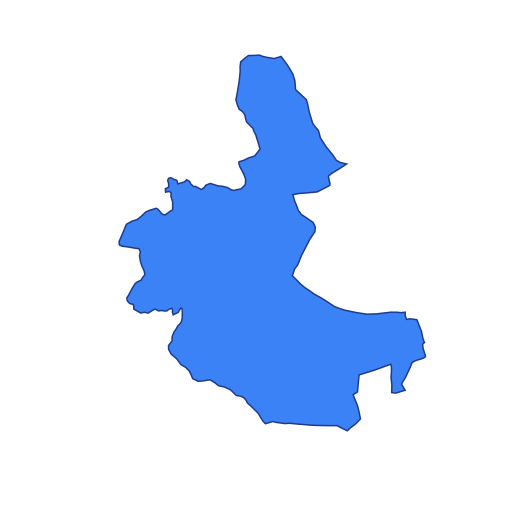 Halabcha, As-Sulaymaniyah, Iraq, rotated 163°
{"feature_id": "34846034B67264073740881", "entity_name": "Halabcha", "entity_type": "district", "adm_level": 2, "iso_a3": "IRQ", "parent_name": "Iraq", "parent_adm1": "As-Sulaymaniyah", "projection": "natural_earth1", "projection_center": [45.937, 35.187], "detail": "fine", "context": "isolated", "style": "filled", "palette": "blue", "viewbox_px": 512, "rotation_deg": 163, "n_neighbors": 0, "source": "geoboundaries", "source_scale": "gbopen_adm2", "svg_char_len": 4268}
<svg xmlns="http://www.w3.org/2000/svg" viewBox="0 0 512 512"><g transform="rotate(163 256 256)"><path d="M129.7,158.6L130.1,158.7L133.8,159.4L137.9,161.1L143.3,162.8L157.6,165.4L166.8,167.9L175.7,172.1L186.6,178.0L192.1,181.8L196.2,185.2L199.9,189.8L205.7,196.6L211.8,202.9L214.2,206.2L218.7,211.7L221.4,215.9L227.0,226.5L226.8,226.8L223.0,232.0L222.7,232.4L218.7,235.3L218.3,235.8L212.2,243.4L211.8,243.8L206.4,249.3L199.9,256.0L193.0,261.7L192.7,261.9L192.6,262.1L191.0,265.7L191.0,268.2L191.7,271.6L195.4,276.2L197.8,279.2L200.6,282.6L201.2,284.7L202.3,287.2L202.3,290.6L202.9,296.9L202.9,300.3L202.9,303.2L202.9,303.7L202.6,303.7L201.2,303.7L196.5,303.2L191.3,302.0L183.2,300.3L178.7,299.4L173.6,300.3L169.2,301.1L164.9,301.9L164.7,302.0L164.6,302.3L164.0,304.1L164.0,306.6L163.4,310.9L163.4,311.2L163.1,311.4L159.3,312.9L151.1,315.0L143.1,317.3L142.4,317.5L142.7,317.7L148.1,320.8L151.2,324.1L153.1,330.3L156.9,339.7L159.9,350.1L159.6,357.7L161.5,362.0L163.0,366.2L163.0,370.0L163.0,377.6L162.2,386.6L162.2,390.8L165.7,397.0L169.5,403.6L167.6,412.1L167.6,419.2L168.7,423.9L170.2,429.6L173.7,439.5L181.0,439.5L187.5,442.8L190.9,444.7L194.0,447.1L199.7,448.5L204.7,449.9L209.7,448.0L213.7,446.2L213.9,446.2L214.0,445.8L215.8,441.9L217.0,437.6L219.3,432.0L221.6,426.8L224.2,421.6L227.3,415.4L229.6,411.2L229.6,405.5L229.2,401.2L226.9,398.4L225.4,394.6L225.8,390.3L225.8,387.0L222.7,380.9L221.6,379.0L221.6,376.2L220.8,371.9L220.8,364.3L220.8,357.4L220.8,357.2L221.1,357.0L223.9,354.9L228.1,352.0L234.2,352.0L239.6,351.1L244.4,351.1L244.5,351.1L244.8,350.7L245.3,349.7L245.3,347.8L245.3,345.9L243.8,338.3L243.4,332.6L244.1,330.8L245.2,327.7L245.3,327.4L245.5,327.3L250.7,324.6L255.6,325.1L257.9,325.1L260.2,326.5L263.3,329.8L267.9,332.6L271.7,334.1L278.6,338.8L283.6,338.3L285.1,336.9L288.9,335.5L290.1,336.9L293.5,340.2L295.4,340.7L297.3,344.0L297.7,346.8L300.0,349.2L302.7,347.8L307.3,347.8L309.6,347.8L309.6,351.6L311.9,353.0L313.0,354.4L314.6,355.8L316.9,355.8L317.2,355.4L318.1,354.4L318.4,353.9L318.4,350.6L319.4,347.7L319.5,347.3L319.8,347.3L322.7,346.9L323.0,346.8L323.1,346.4L323.8,343.5L320.3,343.1L318.8,341.6L319.2,339.7L319.9,338.3L319.9,332.2L322.1,325.0L322.2,324.6L322.4,324.5L325.7,323.7L331.0,321.8L333.7,323.7L334.8,326.5L336.0,329.3L337.5,330.8L341.4,330.8L344.8,330.8L348.6,330.3L354.4,327.4L359.0,325.6L363.9,325.6L368.0,324.8L368.6,324.7L369.3,324.6L370.8,324.1L376.9,316.6L382.7,309.9L383.4,306.6L381.5,304.7L375.4,301.9L368.9,298.6L365.8,297.2L365.4,293.9L367.4,290.1L368.1,284.9L368.1,281.1L367.7,277.3L367.3,274.5L367.7,270.7L370.4,268.8L373.1,266.4L376.9,266.0L379.6,265.0L383.4,261.7L389.5,255.6L391.8,253.7L392.2,250.8L390.7,247.5L387.6,245.6L387.6,243.7L388.4,240.9L386.1,238.5L383.0,235.2L379.2,234.8L375.7,232.9L372.7,233.8L368.1,234.8L365.0,231.9L362.3,231.5L359.3,230.0L357.0,229.6L355.1,230.5L351.6,230.5L351.6,228.6L352.4,226.7L352.4,223.9L349.7,224.4L347.0,224.8L344.4,227.2L343.2,228.1L342.1,227.2L342.8,224.4L343.6,221.5L344.7,218.2L346.3,215.4L348.2,213.5L351.2,212.1L353.5,209.7L356.6,207.3L359.6,203.6L361.2,199.3L365.8,196.0L366.9,192.2L365.8,187.0L362.5,181.8L361.9,180.9L359.6,174.2L355.8,170.0L353.5,165.7L352.7,161.0L352.4,157.2L347.8,153.0L342.8,152.0L336.3,151.1L332.8,147.3L329.4,142.6L324.8,140.2L319.5,135.5L315.6,128.4L311.8,126.5L309.1,124.1L307.6,120.8L307.2,118.0L304.9,114.2L300.0,105.2L297.7,96.2L296.1,92.9L293.0,92.8L288.2,92.8L285.8,91.2L277.6,87.4L272.5,86.1L264.3,82.7L260.7,81.3L254.8,78.9L248.0,76.4L236.4,72.6L228.2,70.1L223.8,65.9L219.7,62.1L216.6,63.8L209.8,66.3L203.7,69.7L203.3,74.3L203.0,77.2L202.7,83.1L203.7,94.9L198.7,96.3L194.8,105.9L192.1,112.2L185.6,112.2L176.4,112.2L166.9,112.7L158.7,113.1L159.0,110.1L160.1,106.3L162.4,100.4L163.8,92.8L166.2,85.7L162.4,84.0L159.0,84.0L152.6,84.0L154.3,90.7L152.9,92.4L148.5,96.2L141.3,104.2L137.9,108.4L137.3,108.6L134.1,109.3L131.1,109.3L126.6,109.3L124.3,109.7L123.2,110.5L123.2,111.9L123.2,113.0L123.2,114.3L123.2,115.7L123.2,117.6L123.2,119.0L122.5,122.8L121.2,123.6L120.3,124.0L120.2,124.0L120.3,125.3L120.4,127.6L120.5,128.3L120.4,128.9L119.9,135.2L119.8,135.8L119.9,136.6L120.5,144.7L120.8,148.1L127.3,151.0L130.7,151.4L130.7,152.8L130.7,154.3L130.7,155.7L130.1,157.4L129.7,158.6Z" fill="#3b82f6" stroke="#1e3a8a" stroke-width="1.5"/></g></svg>